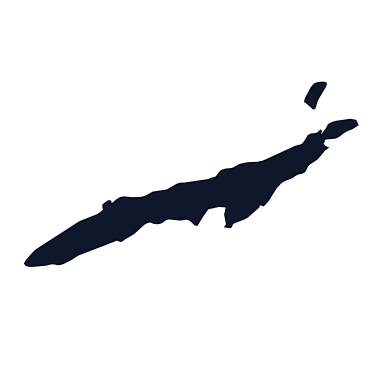 map outline of Cebu (Robinson projection), rotated 48°
{"feature_id": "PHL-2514", "entity_name": "Cebu", "entity_type": "Province", "adm_level": 1, "iso_a3": "PHL", "parent_name": "Philippines", "parent_adm1": "", "projection": "robinson", "projection_center": [123.774, 10.35], "detail": "fine", "context": "isolated", "style": "filled", "palette": "ink", "viewbox_px": 384, "rotation_deg": 48, "n_neighbors": 0, "source": "natural_earth", "source_scale": "10m", "svg_char_len": 2199}
<svg xmlns="http://www.w3.org/2000/svg" viewBox="0 0 384 384"><g transform="rotate(48 192 192)"><path d="M220.0,210.5L218.2,211.7L214.1,211.9L210.3,212.7L208.0,214.5L204.8,219.4L196.1,227.2L194.8,230.1L194.5,233.9L193.7,236.6L192.3,238.7L190.3,240.6L189.0,241.5L187.1,242.3L186.0,243.2L185.3,244.3L184.6,245.7L184.1,247.3L183.8,248.8L183.8,263.2L181.8,272.8L181.5,276.5L180.8,278.0L179.3,278.9L177.8,279.5L177.2,280.1L162.3,319.2L161.3,326.2L158.9,335.2L157.5,338.4L156.1,340.2L153.3,342.2L151.9,343.4L150.5,345.5L148.3,349.6L139.8,360.9L138.0,362.7L135.4,364.3L133.1,364.1L132.0,360.3L130.9,350.0L130.9,345.9L139.1,295.2L145.5,278.1L146.2,274.6L146.4,270.1L145.7,269.2L142.7,267.4L142.0,266.4L142.6,260.7L143.1,259.5L144.5,258.7L145.4,259.3L146.0,260.3L146.4,260.6L147.2,259.3L147.5,257.8L147.5,253.8L148.3,249.1L150.4,245.8L156.3,240.6L162.1,233.6L164.2,229.4L166.2,221.1L173.9,209.4L176.4,197.8L177.8,195.0L180.5,191.8L194.0,171.5L194.8,168.6L195.2,167.7L195.9,166.8L196.7,165.6L197.0,163.6L195.8,157.7L196.0,155.5L197.6,151.9L201.7,146.3L203.4,138.9L205.4,134.8L207.8,131.0L214.1,123.4L216.9,118.3L227.6,84.1L230.6,78.5L229.9,74.3L227.9,67.8L228.9,64.6L230.7,62.3L232.2,59.6L232.3,55.2L233.4,55.2L234.0,56.6L234.6,57.5L236.8,59.0L234.8,49.2L233.9,47.1L233.4,44.5L234.5,41.0L236.2,37.6L244.0,25.9L248.4,22.5L253.1,23.9L252.8,25.2L252.0,30.5L250.0,35.6L249.3,39.2L248.7,45.9L247.7,49.3L242.8,55.8L241.0,59.0L242.6,59.7L243.1,61.0L243.3,62.3L243.9,62.8L247.1,62.6L248.5,62.2L249.9,61.5L249.5,65.2L251.0,76.0L250.7,80.0L249.7,85.8L249.9,89.1L251.9,93.4L252.1,95.4L251.5,97.3L249.3,101.4L248.7,103.5L248.2,107.9L245.4,115.2L244.5,119.2L245.0,126.4L249.3,141.2L250.0,148.0L249.4,148.2L248.3,148.8L247.1,149.7L246.6,150.5L246.7,151.5L247.6,152.0L247.8,153.0L247.6,167.4L246.9,170.6L242.7,182.1L242.8,183.7L244.1,186.3L243.5,187.8L240.0,190.6L239.6,188.5L238.9,187.2L237.9,187.0L230.7,182.6L226.2,176.2L220.7,181.2L215.0,191.3L216.7,199.1L220.0,210.5ZM209.2,40.4L210.9,42.9L211.9,44.8L211.4,46.1L200.9,47.3L200.3,47.7L198.4,44.9L194.3,33.3L193.7,29.0L194.3,27.0L195.5,24.8L198.2,21.2L200.3,19.7L201.7,20.2L202.7,22.1L207.3,36.8L209.2,40.4Z" fill="#0f172a" stroke="#020617" stroke-width="1.5"/></g></svg>